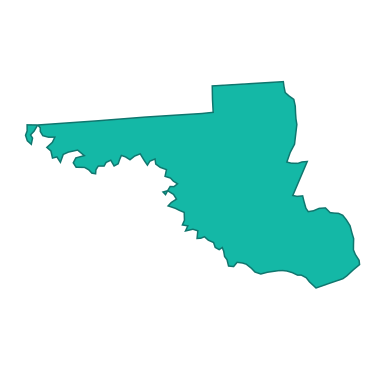 Nova Santa Rosa, Paraná, Brazil, rotated 356°
{"feature_id": "56859067B51788434732632", "entity_name": "Nova Santa Rosa", "entity_type": "district", "adm_level": 2, "iso_a3": "BRA", "parent_name": "Brazil", "parent_adm1": "Paraná", "projection": "orthographic", "projection_center": [-53.986, -24.449], "detail": "fine", "context": "isolated", "style": "filled", "palette": "teal", "viewbox_px": 384, "rotation_deg": 356, "n_neighbors": 0, "source": "geoboundaries", "source_scale": "gbopen_adm2", "svg_char_len": 2018}
<svg xmlns="http://www.w3.org/2000/svg" viewBox="0 0 384 384"><g transform="rotate(356 192 192)"><path d="M193.8,238.7L197.6,238.7L201.3,237.5L204.9,241.2L210.0,243.9L211.3,248.9L215.1,251.4L218.3,249.5L219.5,253.3L220.0,258.6L222.2,262.0L223.3,268.4L228.3,269.3L232.1,265.3L237.3,266.3L241.1,267.8L246.0,272.3L249.2,276.2L254.9,278.6L261.7,277.3L272.7,276.5L277.1,276.7L281.0,277.4L286.4,279.4L291.5,282.3L295.2,282.5L300.0,285.5L302.9,289.8L309.0,296.4L321.8,292.9L336.5,289.0L340.5,286.5L347.7,280.7L354.1,276.1L353.9,271.8L350.6,265.8L349.0,261.0L349.4,256.0L350.0,249.8L348.7,244.1L347.3,236.7L344.0,230.5L340.7,225.7L336.6,223.5L332.6,223.0L328.3,222.2L324.0,217.2L317.7,217.2L311.9,219.2L306.6,219.7L304.5,216.2L303.0,209.0L302.1,203.6L296.4,203.7L292.3,202.5L309.1,169.6L303.8,169.7L299.8,170.8L293.0,170.2L288.7,168.7L292.7,159.4L297.6,151.5L301.3,132.0L300.8,126.4L300.8,120.5L301.0,113.6L300.0,106.7L295.3,102.8L291.9,99.3L291.1,93.1L290.8,88.3L219.6,87.6L218.9,101.1L218.7,114.0L207.2,114.4L182.3,114.2L150.3,114.0L102.0,114.4L80.2,114.4L42.7,114.4L45.1,117.3L44.9,121.1L47.1,125.4L52.6,127.3L59.0,127.7L56.2,132.7L50.3,137.4L54.1,141.2L55.2,148.4L59.7,147.6L62.8,153.2L66.2,145.5L71.4,143.6L80.8,142.2L87.1,148.2L78.5,149.9L75.6,154.6L78.1,159.2L86.6,160.0L90.6,162.7L93.4,166.2L97.1,167.1L97.7,163.1L100.3,159.6L106.1,160.0L108.4,156.5L113.2,154.6L116.1,160.6L120.3,158.7L122.2,154.2L124.1,150.6L128.1,152.3L132.4,155.5L137.2,152.2L143.0,150.3L146.6,157.3L149.4,162.1L152.1,158.3L157.4,156.5L157.8,161.6L162.0,165.2L168.1,167.9L166.2,174.5L171.5,176.6L174.2,179.9L178.1,182.8L174.4,185.4L170.6,185.0L167.8,189.0L173.4,193.1L176.0,198.0L170.6,201.0L167.2,204.2L174.2,207.1L177.9,209.3L182.8,211.8L182.5,219.7L180.1,224.2L185.5,225.5L182.8,230.4L190.3,229.2L195.1,231.1L193.8,238.7ZM42.7,114.4L32.2,113.5L31.8,119.6L29.9,123.8L31.3,129.4L35.0,133.2L36.7,127.1L34.9,123.8L38.7,120.3L42.7,114.4ZM167.8,189.0L163.1,190.0L165.4,192.8L167.8,189.0Z" fill="#14b8a6" stroke="#0f766e" stroke-width="1.5"/></g></svg>